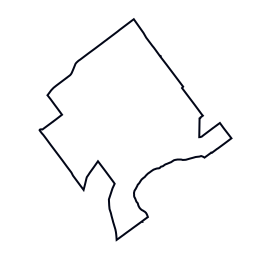 the district of Claremont, Western Australia, Australia, rotated 323°
{"feature_id": "25037944B95117000304737", "entity_name": "Claremont", "entity_type": "district", "adm_level": 2, "iso_a3": "AUS", "parent_name": "Australia", "parent_adm1": "Western Australia", "projection": "mercator", "projection_center": [115.779, -31.981], "detail": "fine", "context": "isolated", "style": "outline", "palette": "ink", "viewbox_px": 256, "rotation_deg": 323, "n_neighbors": 0, "source": "geoboundaries", "source_scale": "gbopen_adm2", "svg_char_len": 3802}
<svg xmlns="http://www.w3.org/2000/svg" viewBox="0 0 256 256"><g transform="rotate(323 128 128)"><path d="M171.3,197.7L179.0,197.8L179.7,197.7L180.0,198.3L180.6,198.3L185.3,198.3L186.5,198.3L187.1,198.4L187.7,198.4L195.1,198.5L195.7,198.5L196.3,198.5L204.4,198.5L204.4,194.6L204.3,186.8L204.3,185.2L204.4,179.3L196.3,179.2L195.7,179.2L187.8,179.2L187.0,179.2L183.4,179.2L182.0,179.3L180.5,178.9L179.4,178.2L190.0,164.6L190.8,163.5L191.0,163.6L191.3,163.7L191.5,163.7L191.8,163.6L192.0,163.5L192.0,163.4L192.1,163.2L195.2,163.2L195.1,161.4L195.2,150.3L195.2,149.5L195.2,149.0L195.2,136.7L195.2,135.9L195.2,132.1L195.2,131.7L195.2,128.6L196.9,128.2L196.9,123.9L196.9,123.4L196.9,111.8L196.9,108.2L196.9,105.4L196.9,104.2L196.9,100.7L196.8,90.9L197.1,90.8L197.2,90.7L197.3,90.6L197.4,90.4L197.4,90.2L197.3,89.9L197.2,89.8L197.1,89.7L196.8,89.7L196.9,85.7L196.9,85.2L197.0,79.4L196.9,77.3L196.9,76.9L196.9,66.8L197.5,62.1L197.6,61.3L197.7,57.6L197.9,51.1L198.1,44.6L193.6,44.6L184.7,44.6L180.3,44.6L177.7,44.7L175.6,44.7L167.4,44.7L160.5,44.7L151.3,44.7L149.6,44.7L142.1,44.6L130.7,44.6L129.2,44.5L127.7,44.6L126.0,44.8L124.6,45.2L123.3,46.0L119.8,48.1L116.5,50.0L115.2,50.6L113.6,51.0L112.2,51.0L111.8,51.0L104.0,51.0L102.1,51.0L97.5,51.0L96.4,51.0L92.8,51.1L89.7,51.6L88.9,51.8L87.6,52.2L84.2,53.2L83.4,53.4L83.5,58.3L83.4,65.3L83.4,68.0L83.3,77.7L76.0,77.8L73.0,77.8L61.0,77.7L59.5,77.7L58.8,77.7L58.5,77.5L58.3,77.3L58.2,77.1L58.0,76.9L57.7,76.7L57.3,76.5L56.9,76.3L56.6,76.3L56.4,76.4L56.1,76.5L56.0,77.4L56.0,78.6L56.0,80.4L56.1,81.4L56.1,81.8L56.2,82.2L56.2,83.5L56.2,87.6L56.1,95.6L56.1,99.5L56.1,101.8L56.1,114.6L56.0,122.0L56.0,124.5L56.0,129.5L55.4,133.0L55.3,145.2L55.3,150.7L59.7,147.2L64.3,143.4L65.5,142.5L68.5,141.5L70.7,140.7L77.5,138.6L84.0,136.5L84.0,149.4L83.9,162.4L83.8,164.5L79.3,166.9L71.7,172.2L70.7,172.9L69.8,173.5L68.1,176.0L66.4,178.5L64.5,181.6L63.1,185.7L61.9,188.4L60.1,192.9L59.7,193.8L56.9,201.4L55.8,203.7L54.9,205.3L53.5,207.6L51.6,210.5L54.7,210.6L63.9,210.7L82.4,211.0L82.9,211.5L83.1,211.0L84.6,211.0L85.7,211.0L90.3,211.1L90.5,210.4L90.6,210.1L91.1,208.3L91.1,208.0L91.2,207.7L91.2,207.4L91.3,206.8L91.3,206.5L91.2,206.2L91.2,205.9L91.0,204.9L90.4,203.5L90.3,203.2L90.2,202.8L89.7,201.9L89.3,200.3L89.3,199.8L89.2,199.2L89.2,198.7L89.3,198.3L89.3,198.0L89.4,197.0L89.5,196.8L89.6,196.5L89.6,196.2L89.8,195.8L89.9,195.4L90.0,195.2L90.2,194.8L90.3,194.5L90.5,193.9L90.5,193.6L90.4,192.5L90.4,192.2L90.4,191.8L91.3,188.7L91.3,188.3L91.4,188.0L91.5,187.7L91.5,187.1L91.6,186.8L92.0,185.9L92.2,185.6L92.5,185.3L93.2,184.3L93.4,183.9L93.7,183.5L93.9,183.3L95.5,182.0L95.8,181.9L97.1,181.4L97.6,181.3L98.0,181.0L98.4,180.9L98.7,180.7L100.0,180.1L101.0,179.6L101.3,179.4L101.6,179.2L101.8,179.1L102.1,179.1L102.4,179.1L102.8,179.0L103.4,178.9L104.1,178.7L105.9,178.0L108.0,177.3L109.2,177.3L109.5,177.2L110.0,177.2L110.4,177.2L110.7,177.2L110.9,177.2L111.4,177.2L111.6,177.2L112.0,177.2L113.6,176.8L114.0,176.7L114.3,176.7L116.4,176.4L116.8,176.4L117.4,176.5L117.8,176.4L118.6,176.5L118.9,176.5L119.7,176.5L120.0,176.5L120.4,176.5L121.2,176.5L122.2,176.6L122.7,176.6L123.2,176.6L124.8,177.1L125.1,177.2L125.5,177.3L126.6,177.7L126.8,177.8L127.3,178.1L127.5,178.2L127.9,178.4L128.3,178.8L128.9,178.9L129.2,179.0L129.5,179.0L130.1,178.9L130.3,178.8L130.7,178.8L131.0,178.8L131.3,178.8L131.6,179.0L132.6,179.4L132.9,179.5L133.2,179.5L133.5,179.5L135.3,179.5L136.4,179.7L138.0,180.2L139.7,180.6L140.0,180.7L140.2,180.8L140.4,180.8L140.7,180.9L140.9,180.9L141.4,181.1L141.8,181.2L145.2,181.4L146.5,181.9L148.4,182.9L149.6,183.8L150.7,184.6L151.4,185.1L152.2,186.1L152.3,186.3L153.7,187.3L155.1,188.2L159.3,189.8L162.0,190.9L164.6,191.9L168.0,193.9L169.5,194.4L169.9,194.9L170.8,196.4L170.9,196.7L171.2,197.4L171.3,197.7Z" fill="none" stroke="#020617" stroke-width="2"/></g></svg>